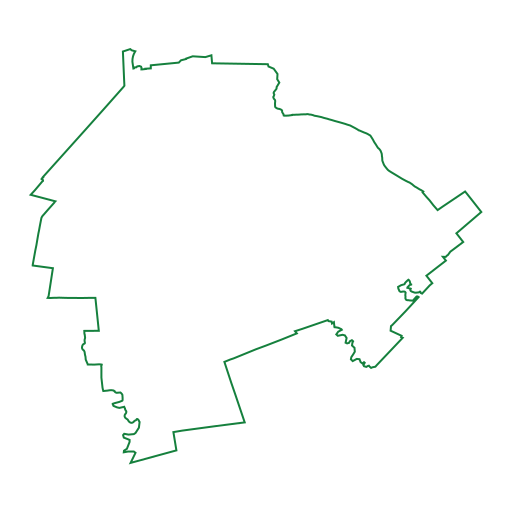 Buzoesti, Arges, Romania (Robinson projection)
{"feature_id": "2599482B1086880995944", "entity_name": "Buzoesti", "entity_type": "district", "adm_level": 2, "iso_a3": "ROU", "parent_name": "Romania", "parent_adm1": "Arges", "projection": "robinson", "projection_center": [24.92, 44.587], "detail": "fine", "context": "isolated", "style": "outline", "palette": "green", "viewbox_px": 512, "rotation_deg": 0, "n_neighbors": 0, "source": "geoboundaries", "source_scale": "gbopen_adm2", "svg_char_len": 5997}
<svg xmlns="http://www.w3.org/2000/svg" viewBox="0 0 512 512"><path d="M130.6,462.9L157.3,455.6L176.0,450.5L176.4,450.4L173.4,432.1L182.3,430.6L215.8,426.1L244.7,422.4L235.4,394.8L231.3,382.9L224.4,361.9L230.3,359.5L233.6,358.4L255.9,349.3L265.9,345.6L281.7,339.5L296.8,333.4L295.0,331.2L302.2,328.9L327.8,320.1L327.9,320.3L328.5,321.1L331.6,321.6L332.0,323.5L333.9,322.2L334.2,325.0L334.4,325.9L334.3,326.4L334.5,327.2L336.4,327.4L338.4,327.8L341.4,329.2L341.8,329.8L338.2,331.7L336.3,334.4L337.8,335.8L342.6,334.8L344.9,335.4L346.6,338.0L345.6,342.7L347.1,343.4L349.1,342.8L349.8,341.3L351.9,340.2L353.1,341.3L352.4,342.8L352.0,345.5L354.5,347.8L354.8,351.7L353.1,354.5L351.3,357.2L350.9,359.3L352.7,361.1L356.8,358.9L359.5,359.2L360.6,362.1L362.5,363.5L364.0,362.2L364.7,362.8L363.4,365.1L364.0,366.2L366.3,366.9L367.8,366.0L368.9,365.7L369.6,366.6L371.1,367.9L372.4,367.3L375.4,366.7L376.6,365.3L402.7,337.8L401.1,337.1L401.6,335.8L390.6,330.7L391.0,326.1L392.2,325.1L405.6,311.2L418.6,297.1L417.7,296.5L416.9,296.4L416.4,296.7L412.8,300.7L412.2,300.6L409.4,300.4L408.5,300.2L407.3,300.2L406.3,299.9L405.8,299.3L405.4,298.3L405.5,296.3L405.3,295.2L405.6,292.6L405.2,292.0L404.6,291.6L403.2,291.5L400.9,291.9L400.1,291.6L399.3,290.9L398.8,289.5L398.5,289.0L398.3,288.4L398.1,286.9L401.1,285.2L402.8,284.7L404.3,284.3L404.7,283.9L405.1,282.9L406.4,281.5L407.6,280.4L408.4,279.7L408.6,279.8L409.6,281.0L409.9,281.8L410.3,283.6L410.5,284.0L411.2,284.4L411.2,284.6L410.9,284.7L410.2,284.8L409.6,285.1L407.4,287.4L407.4,287.9L407.9,287.9L408.6,288.1L409.5,288.5L409.9,288.5L410.7,288.6L410.8,288.7L410.5,289.3L410.3,289.9L410.4,290.4L410.8,291.0L411.8,291.6L414.6,292.6L415.7,292.7L418.6,292.4L419.3,292.1L419.7,291.7L420.0,291.6L420.3,291.7L420.5,292.2L420.6,292.6L420.8,293.0L422.1,293.6L429.7,285.4L431.1,284.2L432.3,283.2L426.4,275.7L445.9,260.6L442.9,256.8L445.7,256.9L447.3,255.3L447.9,255.0L450.3,251.7L463.2,242.0L457.5,234.7L456.4,233.3L481.3,212.0L472.2,200.4L466.9,193.7L465.1,191.5L442.5,206.7L437.6,210.1L433.4,205.3L429.6,200.4L426.6,197.1L422.6,192.4L423.3,191.5L421.1,190.1L419.5,189.3L416.3,187.3L415.1,186.7L413.4,185.4L412.3,184.4L409.5,182.5L408.4,182.1L405.8,180.8L402.1,178.8L396.7,175.5L391.2,172.2L389.0,170.8L387.9,169.9L387.1,169.0L385.5,167.0L384.3,165.4L383.7,164.2L382.8,161.9L382.4,160.8L382.3,160.3L382.2,157.6L381.9,156.1L381.9,155.1L381.7,153.8L381.7,153.6L380.5,150.6L379.2,148.9L377.9,147.8L375.2,143.5L374.6,142.7L373.9,141.5L373.3,140.3L372.8,139.4L370.9,136.4L370.5,135.8L370.0,135.3L369.7,135.2L367.5,133.9L366.0,133.2L364.1,132.5L362.0,131.6L359.0,130.3L358.6,130.3L358.2,130.0L357.9,129.7L355.1,128.1L352.8,126.9L350.2,125.5L347.2,124.6L345.2,123.9L340.4,122.5L334.9,121.0L331.6,120.0L329.0,119.3L327.5,118.8L323.9,117.9L323.0,117.6L321.4,117.1L320.5,116.9L317.2,116.2L315.5,115.9L314.3,115.7L313.5,115.3L311.7,114.8L311.3,114.7L310.6,114.6L309.8,114.5L309.3,114.5L308.2,114.2L307.4,114.1L306.6,114.2L306.4,114.2L306.1,114.3L301.2,114.4L299.2,114.6L296.9,114.7L295.9,114.7L294.3,114.8L292.8,114.8L292.6,114.9L292.3,114.8L292.0,114.9L292.0,115.1L288.1,115.6L284.3,115.7L283.7,115.5L283.5,114.2L283.1,113.7L282.2,112.2L282.1,111.4L282.1,110.7L281.8,110.2L281.5,109.9L280.8,109.5L279.9,109.1L279.3,108.9L278.4,108.8L277.6,108.6L276.7,108.2L275.7,107.5L275.3,107.1L275.1,106.5L275.0,103.2L275.2,101.5L275.1,100.3L274.9,99.9L273.8,98.6L273.3,97.3L273.3,96.9L273.6,96.5L274.0,95.6L274.3,94.5L273.7,93.4L273.7,92.5L274.0,91.9L276.1,89.3L276.5,88.7L276.6,88.0L276.6,87.1L279.3,82.6L277.2,79.2L277.5,74.0L273.7,68.7L268.5,66.5L267.8,64.2L212.1,63.3L211.4,55.3L205.4,57.1L192.7,56.3L186.1,58.6L186.1,59.0L181.0,60.3L178.8,62.6L150.8,65.3L150.8,68.4L145.6,68.7L145.7,69.0L142.3,69.4L141.4,69.4L141.5,67.8L141.1,66.7L139.4,66.0L137.2,66.4L136.3,67.3L134.9,67.3L134.1,67.7L134.1,68.3L133.4,68.5L132.4,61.7L132.5,59.0L133.0,56.4L133.8,54.1L134.6,52.5L135.3,51.3L131.7,50.3L130.2,49.1L125.7,50.6L122.9,51.5L124.1,79.6L124.4,85.7L123.5,86.9L104.1,108.8L85.8,129.3L42.8,177.2L43.1,177.4L41.6,179.0L42.9,180.0L43.0,180.5L43.0,180.9L42.5,181.2L35.0,190.1L31.8,193.6L30.7,194.8L55.3,201.3L54.8,201.8L54.3,202.6L53.6,203.4L48.7,208.9L42.4,216.1L41.8,217.1L41.4,218.0L40.0,225.1L39.0,230.6L38.4,233.4L37.3,239.8L36.4,245.2L35.3,250.5L32.7,265.0L32.7,265.5L52.9,268.2L48.6,296.1L47.7,297.9L49.9,298.0L54.2,297.8L56.6,297.8L58.4,297.7L59.9,297.7L63.0,297.8L66.7,297.9L82.0,298.0L87.9,297.9L95.4,297.9L98.8,330.8L84.3,330.9L84.4,333.3L84.5,334.1L84.7,334.4L85.1,337.8L84.6,339.8L84.6,341.0L84.9,342.8L84.8,343.3L84.5,343.6L83.3,344.2L82.8,344.8L82.4,345.5L82.2,346.3L82.0,347.1L82.0,347.7L82.1,348.3L82.3,348.8L82.5,349.2L82.8,349.6L84.0,350.6L84.6,352.0L84.8,353.5L85.0,354.8L85.2,355.6L85.5,356.8L85.7,359.4L85.8,359.8L87.8,364.4L87.8,364.5L94.4,364.6L99.2,364.3L99.9,364.3L100.8,364.5L101.7,364.5L101.8,364.7L101.2,366.2L101.4,367.0L101.4,377.6L102.5,387.5L102.8,389.1L103.3,391.0L107.5,390.6L109.3,390.3L110.5,390.2L111.8,390.2L112.4,390.3L113.6,390.5L114.3,391.0L114.2,391.1L114.3,391.2L114.7,391.6L114.9,391.8L115.4,392.3L116.3,392.7L116.8,392.8L117.8,392.7L120.4,392.5L121.0,393.0L121.9,394.0L122.4,394.9L122.6,397.9L122.6,400.0L122.3,400.7L119.4,401.9L114.8,403.1L112.7,403.8L112.7,404.1L113.5,405.9L117.1,407.4L119.4,407.9L124.2,406.8L124.5,407.7L125.0,408.4L125.0,408.9L125.2,409.5L125.4,410.0L126.1,411.0L126.3,411.4L126.3,411.7L126.2,412.7L125.8,413.5L125.0,414.4L124.8,414.9L124.6,415.7L124.6,416.3L124.8,416.9L125.1,417.5L125.4,417.9L125.9,418.3L126.7,418.9L127.7,419.6L128.4,420.8L129.2,421.8L130.4,422.6L131.2,422.8L131.9,422.8L132.5,422.6L133.4,422.1L134.3,421.1L134.6,420.8L135.6,420.4L136.1,420.1L136.7,419.2L137.0,419.0L137.5,419.1L137.9,419.4L138.3,419.7L138.7,420.4L139.0,420.9L139.2,421.5L139.6,422.0L139.4,423.6L138.9,427.7L135.5,433.0L133.9,434.1L128.5,434.6L124.2,433.8L123.1,435.1L123.8,437.6L129.6,439.9L129.6,441.9L126.9,448.8L124.0,450.7L123.8,452.3L128.2,451.5L133.8,451.5L135.5,452.8L130.6,462.9Z" fill="none" stroke="#15803d" stroke-width="2"/></svg>